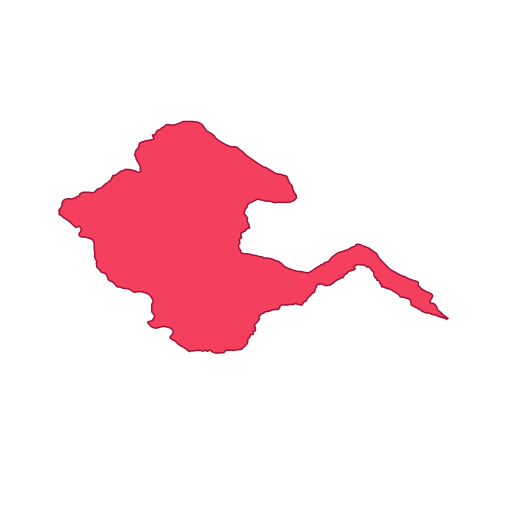 outline of Leiva, Nariño, Colombia, rotated 107°
{"feature_id": "7082276B29262956514041", "entity_name": "Leiva", "entity_type": "district", "adm_level": 2, "iso_a3": "COL", "parent_name": "Colombia", "parent_adm1": "Nariño", "projection": "equal_earth", "projection_center": [-77.3, 1.978], "detail": "fine", "context": "isolated", "style": "filled", "palette": "rose", "viewbox_px": 512, "rotation_deg": 107, "n_neighbors": 0, "source": "geoboundaries", "source_scale": "gbopen_adm2", "svg_char_len": 6127}
<svg xmlns="http://www.w3.org/2000/svg" viewBox="0 0 512 512"><g transform="rotate(107 256 256)"><path d="M259.5,54.3L257.4,60.1L255.7,63.4L254.6,66.3L253.5,67.4L251.3,68.7L249.8,71.3L249.5,73.1L250.0,75.0L249.9,75.8L249.4,76.2L247.9,76.0L246.9,76.3L244.7,75.5L242.7,75.4L241.6,76.0L240.7,77.9L240.2,83.2L239.0,87.9L236.7,92.3L234.2,93.0L233.5,93.6L233.3,94.7L233.3,102.3L232.3,107.6L232.2,111.9L229.8,123.1L229.2,124.8L223.7,134.9L221.6,138.4L218.8,140.8L218.1,142.4L215.6,150.0L215.2,152.9L215.1,156.8L214.6,160.0L214.9,162.2L215.5,163.3L216.3,163.9L216.8,163.7L217.7,164.1L219.8,167.2L221.4,168.4L224.1,171.3L225.0,172.9L226.1,174.0L226.8,175.6L229.6,179.2L234.6,182.8L238.8,184.8L239.6,184.6L240.0,184.8L242.2,188.4L243.8,189.0L245.5,191.4L246.9,192.2L249.0,194.3L254.6,198.8L256.3,200.4L256.9,201.8L257.3,203.5L257.7,208.4L258.6,212.4L258.7,217.6L258.2,223.1L257.5,226.5L256.2,228.3L254.5,232.7L254.7,235.7L254.1,240.8L254.6,244.5L255.6,247.3L255.1,249.5L255.6,253.9L255.5,256.3L256.2,259.6L256.0,261.9L256.3,264.0L257.3,268.1L257.4,269.9L257.2,270.9L256.5,272.1L254.9,272.4L253.6,274.3L252.0,275.5L250.2,275.9L248.9,275.0L248.4,275.6L246.8,275.8L245.8,276.7L243.6,276.1L243.0,275.3L242.5,275.2L241.9,275.5L241.7,276.2L238.4,276.8L238.0,276.8L235.4,273.8L232.7,272.7L230.9,270.2L229.4,271.3L228.1,271.9L225.1,274.9L222.4,275.1L220.3,277.4L219.4,279.2L218.0,280.0L216.2,279.7L214.2,280.2L212.5,279.0L208.9,278.8L207.7,278.3L207.2,277.8L207.0,277.2L201.1,271.1L200.6,262.9L199.5,258.2L199.6,253.9L197.7,249.3L197.1,246.5L194.9,239.8L192.0,236.3L191.9,235.7L190.5,235.3L188.7,234.3L187.2,234.8L185.9,235.7L182.8,239.4L178.4,241.9L175.7,245.9L171.0,249.6L170.7,250.4L170.7,255.3L171.2,260.4L171.1,262.4L168.6,271.8L168.6,275.2L167.1,280.7L163.3,292.7L161.9,296.4L161.2,297.1L159.7,300.6L158.8,303.3L157.7,305.5L157.7,308.5L158.6,310.8L158.8,313.6L158.2,318.4L157.4,322.0L156.2,326.3L154.9,329.3L153.5,330.8L152.7,332.2L151.6,335.8L150.9,339.6L146.0,346.1L145.1,349.8L145.1,351.6L146.0,356.3L148.5,364.6L154.0,371.4L155.4,374.6L156.2,379.1L157.3,380.8L159.5,381.8L161.2,383.9L162.8,384.3L164.2,386.4L165.1,387.1L167.3,387.9L169.2,387.7L170.4,390.3L171.6,389.8L172.7,388.5L173.6,387.9L174.8,389.0L175.8,390.5L178.1,395.1L180.5,398.7L182.2,400.4L185.6,400.0L187.8,400.4L189.4,401.6L194.2,401.6L195.4,401.1L196.2,400.2L199.2,398.3L201.1,395.6L204.6,392.6L206.8,392.4L208.5,390.7L210.5,392.8L210.0,396.2L210.0,400.1L210.6,403.6L211.5,406.6L213.1,407.7L214.3,409.9L219.5,413.7L220.3,414.8L220.8,416.3L226.0,417.2L228.9,419.3L230.1,419.7L230.4,420.4L231.3,421.3L232.1,421.4L232.8,422.2L233.7,422.3L234.7,423.3L235.9,423.3L237.3,425.9L239.0,427.7L240.3,428.1L241.0,428.7L242.0,428.9L242.9,430.1L243.7,432.5L243.9,434.5L244.6,436.1L244.7,437.5L246.2,440.9L248.1,442.6L250.0,442.2L250.3,443.1L251.6,444.6L252.5,445.4L253.3,445.4L254.1,447.4L255.3,448.6L255.8,450.0L255.7,451.3L257.1,454.3L258.4,455.9L260.5,456.8L261.3,456.7L262.6,457.0L263.3,456.4L266.6,456.5L268.5,457.6L269.6,457.7L269.9,457.1L270.6,457.7L272.0,456.6L273.6,456.7L274.3,453.7L275.6,451.4L276.1,449.0L277.7,444.1L281.1,437.4L281.3,436.1L279.5,434.2L279.5,432.8L281.5,430.8L284.1,430.9L285.5,431.6L286.6,431.7L288.1,431.0L288.6,430.2L288.8,429.1L288.4,426.4L287.7,424.6L287.9,418.7L288.3,417.1L289.9,415.3L291.1,414.5L296.7,412.8L300.8,410.8L303.3,410.4L306.1,408.5L307.4,406.8L309.8,406.5L313.2,404.9L314.8,401.8L316.6,399.5L316.9,394.5L319.0,392.3L321.9,390.4L322.7,387.6L322.6,385.8L322.9,384.9L326.0,379.8L325.9,378.3L325.5,377.2L325.7,374.3L325.3,370.7L324.8,369.3L324.7,367.7L325.3,365.1L326.0,363.6L326.2,361.7L325.0,359.3L323.5,354.6L323.7,352.3L323.4,350.3L323.6,350.2L323.7,348.0L325.2,345.1L327.4,342.5L328.7,341.3L330.6,341.0L332.5,341.6L339.1,339.7L340.3,338.9L342.0,336.3L343.4,335.2L344.3,335.2L348.2,336.5L349.1,337.7L350.2,339.7L350.8,340.1L351.5,339.9L354.1,335.8L354.6,333.1L354.2,330.3L350.6,324.6L350.2,323.1L349.9,319.7L350.0,316.5L350.5,315.1L351.5,313.6L352.8,312.9L356.6,313.4L357.3,314.1L358.2,314.5L359.5,314.2L360.5,311.5L361.1,308.2L363.1,304.3L363.7,302.6L365.1,295.7L366.1,294.3L366.9,291.8L365.4,290.0L365.4,289.0L364.7,287.1L363.6,285.6L363.7,284.4L362.6,282.7L362.5,279.2L361.9,277.8L361.1,277.2L360.9,276.5L360.9,275.8L361.4,275.1L361.3,274.3L359.8,273.3L359.3,272.5L360.5,269.7L360.6,266.0L360.4,265.0L359.7,264.0L358.6,260.2L357.9,258.5L356.2,257.6L355.3,257.6L354.6,256.8L354.3,254.3L353.4,253.0L353.0,249.9L351.2,246.8L350.4,244.4L349.2,242.3L347.5,241.9L346.5,240.9L342.2,238.7L340.0,238.9L338.3,239.6L335.3,238.1L333.3,238.6L332.7,238.1L332.6,237.2L331.8,235.9L328.8,236.3L327.7,234.8L326.2,234.9L325.4,236.2L324.2,235.8L322.8,237.5L317.6,235.0L314.6,234.4L313.5,235.1L312.5,235.3L311.1,234.4L309.8,234.2L308.4,231.9L307.1,231.4L306.6,230.4L305.8,229.5L305.3,227.6L302.3,224.0L300.6,219.0L298.9,218.3L296.8,218.4L295.5,217.4L295.0,216.6L293.7,211.4L292.9,210.6L292.8,209.7L292.2,208.9L291.6,206.1L290.1,204.8L289.9,199.8L289.3,197.6L287.6,197.2L286.7,197.5L284.1,194.7L281.6,194.6L275.3,191.2L273.0,189.4L271.4,189.8L265.3,189.0L263.9,185.7L263.3,185.1L263.9,182.9L264.0,180.7L263.4,179.3L262.9,178.8L262.1,176.5L260.3,175.4L259.9,174.5L259.0,174.3L257.8,173.3L257.0,173.1L256.4,172.3L255.6,172.0L253.6,169.5L252.2,168.6L251.9,167.3L251.1,166.4L249.5,166.0L248.0,166.1L246.2,164.1L243.3,162.7L242.8,162.1L242.5,160.8L241.8,160.6L240.9,158.5L239.7,158.0L239.2,157.4L238.0,159.0L236.8,158.7L236.0,157.8L235.4,157.8L234.3,155.7L233.3,150.7L232.9,149.6L234.1,146.4L233.5,144.1L236.1,140.8L236.8,139.1L239.5,137.5L240.4,137.4L240.7,136.4L241.9,135.7L242.3,134.1L243.5,133.5L244.0,132.7L243.7,131.0L244.2,130.2L245.5,129.8L245.8,128.9L247.0,128.4L247.1,127.2L248.4,127.2L248.7,126.8L248.5,125.3L248.7,120.8L248.5,119.4L248.7,117.0L249.7,113.5L249.7,112.5L250.3,111.5L250.6,109.5L251.2,108.0L252.7,106.3L252.8,105.4L252.8,104.5L252.3,102.6L252.5,96.5L254.3,94.5L256.7,93.7L257.7,92.8L257.9,90.4L258.6,88.1L258.5,86.4L259.3,84.7L259.3,82.9L260.2,81.6L260.7,77.8L260.6,75.6L259.8,74.5L260.5,70.3L259.9,67.2L260.2,66.3L260.1,64.8L260.5,63.9L260.3,56.5L260.8,55.1L259.5,54.3Z" fill="#f43f5e" stroke="#9f1239" stroke-width="1.5"/></g></svg>